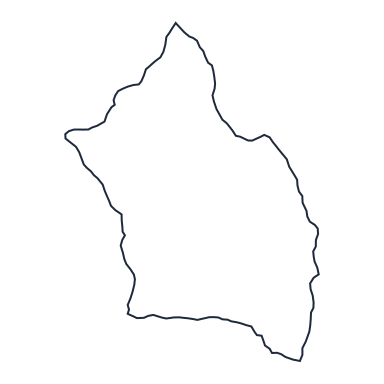 Regente Feijó, São Paulo, Brazil
{"feature_id": "56859067B58506078513279", "entity_name": "Regente Feijó", "entity_type": "district", "adm_level": 2, "iso_a3": "BRA", "parent_name": "Brazil", "parent_adm1": "São Paulo", "projection": "robinson", "projection_center": [-51.297, -22.243], "detail": "fine", "context": "isolated", "style": "outline", "palette": "slate", "viewbox_px": 384, "rotation_deg": 0, "n_neighbors": 0, "source": "geoboundaries", "source_scale": "gbopen_adm2", "svg_char_len": 2151}
<svg xmlns="http://www.w3.org/2000/svg" viewBox="0 0 384 384"><path d="M127.7,313.8L131.9,315.7L137.0,318.1L144.0,317.8L148.2,315.9L153.3,314.9L157.7,316.3L162.0,317.6L166.3,318.5L173.3,317.5L179.0,317.3L183.2,317.8L188.2,318.3L192.8,319.0L197.4,319.9L202.6,318.7L209.2,317.2L213.7,317.1L218.5,317.5L222.4,319.3L227.6,319.7L231.2,321.3L237.0,322.3L242.1,323.7L246.1,325.1L251.4,326.5L254.5,331.8L256.9,335.1L261.6,335.7L263.2,340.1L265.0,345.5L269.6,348.7L272.0,353.0L277.1,352.8L281.2,354.2L285.5,357.0L293.0,359.6L299.9,361.0L302.4,354.9L302.4,348.1L305.6,341.9L307.7,336.2L309.3,331.7L310.2,325.8L310.7,319.6L311.0,312.6L313.4,307.9L313.6,302.4L312.7,295.6L310.6,289.2L310.1,283.4L313.7,277.7L318.7,274.4L317.3,267.7L314.6,261.6L313.7,256.6L313.2,251.4L315.8,246.5L315.9,240.0L318.1,234.0L317.7,228.5L314.9,225.0L309.8,221.6L307.3,216.5L306.5,210.9L302.6,202.8L302.3,196.0L299.0,191.6L297.5,185.7L297.1,179.7L293.7,174.0L289.2,166.7L286.8,159.3L282.2,153.7L278.4,149.1L275.7,145.6L273.0,142.3L269.6,137.3L264.2,134.9L260.8,136.7L256.8,138.5L252.2,140.6L248.2,140.5L244.5,138.8L240.2,136.7L235.9,135.8L232.3,130.3L226.9,123.4L222.4,119.7L216.5,109.1L213.9,101.4L212.5,95.4L214.6,88.7L215.1,83.5L214.2,76.2L213.3,70.7L211.9,65.4L208.1,62.7L205.3,56.8L203.3,51.1L199.8,47.2L197.0,40.7L193.0,37.9L189.3,36.5L184.5,32.5L181.4,29.2L175.7,23.0L172.2,28.3L169.5,32.7L166.4,36.9L165.3,44.8L163.4,51.8L160.4,57.3L155.3,61.1L152.3,63.7L148.9,66.8L145.9,69.3L144.0,75.2L141.4,81.2L138.8,84.4L133.4,85.0L127.8,86.6L122.4,88.9L118.1,91.1L115.3,95.4L113.6,100.2L114.7,104.8L111.4,107.3L107.0,114.2L104.5,121.6L97.1,125.8L92.3,127.4L88.4,129.5L82.8,129.6L77.5,129.5L73.7,129.6L68.8,131.2L65.3,134.1L65.5,138.5L70.9,142.8L76.0,146.8L79.2,152.2L81.6,158.6L83.8,164.5L86.8,167.8L91.0,171.4L93.9,175.2L97.5,178.2L102.7,184.6L104.7,190.7L107.1,196.4L109.4,201.6L111.0,205.9L115.3,210.1L121.6,214.4L121.7,220.3L122.4,227.2L122.6,231.7L124.9,235.3L122.2,240.1L120.7,245.6L122.9,252.8L124.3,259.0L126.3,264.0L130.4,269.2L133.9,274.6L134.9,279.1L134.3,284.8L132.4,292.3L130.4,298.5L127.7,305.0L129.0,309.5L127.7,313.8Z" fill="none" stroke="#1e293b" stroke-width="2"/></svg>